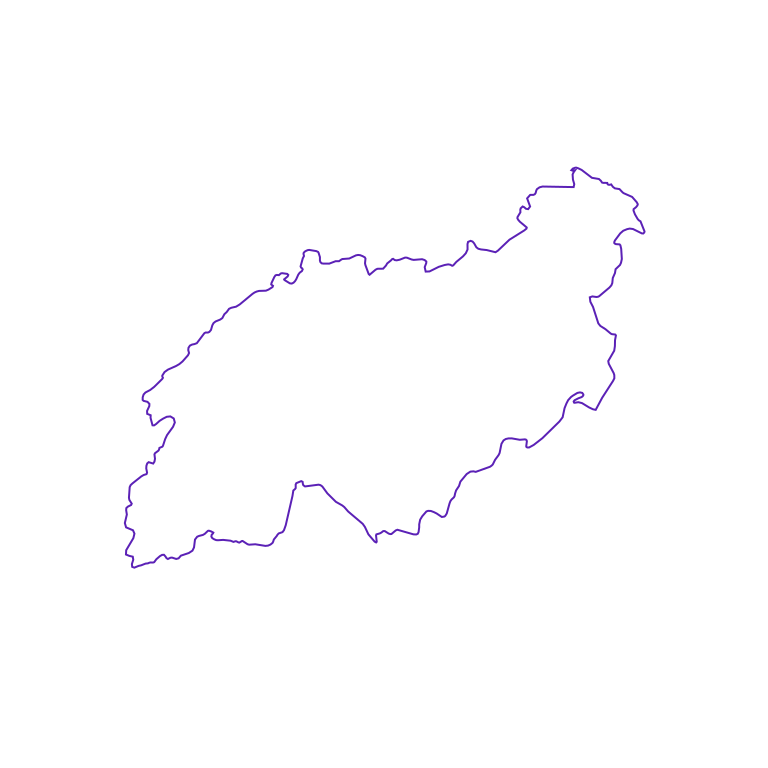 SVG path tracing the border of Kachin, rotated 229°
{"feature_id": "MMR-3296", "entity_name": "Kachin", "entity_type": "State", "adm_level": 1, "iso_a3": "MMR", "parent_name": "Myanmar", "parent_adm1": "", "projection": "robinson", "projection_center": [97.371, 26.091], "detail": "fine", "context": "isolated", "style": "outline", "palette": "violet", "viewbox_px": 768, "rotation_deg": 229, "n_neighbors": 0, "source": "natural_earth", "source_scale": "10m", "svg_char_len": 6144}
<svg xmlns="http://www.w3.org/2000/svg" viewBox="0 0 768 768"><g transform="rotate(229 384 384)"><path d="M383.8,157.7L386.2,156.8L388.2,155.6L388.7,154.7L388.5,150.4L388.9,148.3L390.7,144.7L391.3,142.8L390.6,139.3L385.3,133.4L383.9,130.1L384.5,125.8L387.7,118.1L387.2,114.6L388.3,112.4L392.1,110.1L393.0,108.8L393.7,106.1L395.2,105.6L397.2,105.9L399.4,105.9L400.6,104.5L401.1,101.9L401.1,97.2L400.3,93.7L400.8,92.5L402.5,90.7L403.1,89.6L403.5,88.2L404.9,86.2L406.5,81.7L407.7,79.5L409.2,75.1L411.2,74.0L413.5,75.6L415.9,79.5L418.5,81.1L421.4,79.0L424.6,77.4L427.7,80.4L432.1,93.7L434.8,97.5L438.3,98.6L445.0,95.3L449.1,97.2L454.2,104.3L457.9,106.6L459.4,108.1L459.5,110.2L458.6,113.8L459.2,115.1L463.6,115.8L465.5,116.9L473.0,124.4L473.9,126.4L474.0,128.8L473.5,140.2L473.0,142.9L471.8,145.6L472.5,147.0L476.3,149.2L478.2,151.1L479.4,153.2L479.4,155.1L475.4,157.6L476.0,159.8L477.8,162.1L481.5,164.6L482.0,165.8L481.7,170.0L482.1,171.2L483.1,172.6L482.1,175.6L482.4,176.7L486.0,182.7L487.8,186.8L490.1,196.7L492.2,200.9L495.9,202.7L499.7,201.5L501.8,198.5L502.8,194.5L503.4,190.4L503.3,185.7L503.6,183.3L504.7,182.2L511.6,185.6L513.5,187.4L516.8,185.7L519.1,187.5L521.3,192.4L522.9,193.9L525.7,193.8L529.0,191.5L530.3,191.4L532.3,193.2L533.8,195.7L534.1,198.4L532.9,203.5L532.6,208.7L533.3,219.9L533.7,221.2L535.1,221.6L535.8,222.2L537.0,226.2L536.6,230.4L534.0,238.9L533.3,242.6L533.2,246.7L534.3,255.0L535.3,257.2L538.0,258.5L539.6,260.2L540.3,262.7L539.7,265.0L538.5,267.1L537.6,269.5L540.2,281.8L539.9,283.1L538.3,285.0L537.9,286.4L538.3,288.9L540.9,292.9L541.8,295.3L541.7,297.9L540.1,302.6L539.8,305.2L541.4,309.3L541.5,312.5L542.4,316.4L541.7,318.8L539.4,323.1L538.7,327.3L538.3,343.8L538.0,346.3L537.3,348.6L536.2,350.8L531.9,356.1L531.0,358.8L530.3,363.4L530.9,364.6L533.1,364.2L534.0,365.3L536.7,371.4L537.2,373.4L536.6,374.7L535.1,376.1L535.1,378.7L534.5,379.8L530.6,383.2L529.1,383.3L528.4,381.9L528.5,377.3L527.8,377.1L521.7,379.0L520.3,380.3L519.8,382.2L520.0,384.4L520.7,386.6L522.8,391.1L523.3,393.4L523.1,396.2L523.9,397.9L525.0,398.1L526.2,397.8L527.5,398.2L532.1,405.1L533.1,407.6L535.0,408.6L535.6,409.3L535.9,410.9L535.6,412.6L535.1,414.2L534.3,415.5L528.7,420.1L526.9,420.9L525.9,420.7L521.8,418.9L519.3,416.7L517.9,416.0L516.0,416.1L514.8,417.1L510.8,421.6L508.4,428.1L506.2,430.6L505.9,433.6L505.6,434.6L501.5,440.1L499.5,447.2L498.4,449.1L496.9,450.5L494.6,451.7L492.2,452.6L490.8,452.3L487.6,448.9L486.0,448.0L477.0,444.6L475.9,444.8L475.8,452.6L475.3,454.6L471.6,459.0L472.1,463.2L472.9,465.5L472.7,470.3L472.9,472.1L472.5,473.0L470.5,473.4L469.0,474.7L467.5,477.4L465.6,482.8L464.4,484.1L459.9,486.5L458.2,487.8L453.2,494.6L450.9,496.0L448.7,496.3L447.6,495.3L445.5,491.4L441.5,489.2L439.1,492.2L436.5,502.2L434.0,507.9L432.2,510.9L430.5,512.3L428.5,513.0L428.1,514.1L428.7,518.7L428.5,527.3L429.0,531.5L430.7,535.3L434.8,538.8L436.1,540.7L435.2,543.3L433.4,544.3L431.0,544.3L426.6,543.4L424.2,543.9L421.9,545.5L417.7,549.4L410.3,554.6L409.9,557.4L410.6,573.4L407.9,590.5L407.8,593.5L408.5,594.4L417.3,593.0L419.9,593.0L421.6,593.4L422.4,594.3L424.1,599.6L426.1,601.2L426.9,602.4L427.0,605.1L425.4,605.8L423.1,606.1L421.4,607.5L422.1,610.7L430.2,613.8L430.8,618.4L428.7,620.9L428.3,622.3L428.7,623.8L430.2,626.0L430.7,627.3L430.4,630.4L429.0,633.2L408.2,656.3L410.0,658.7L414.3,660.7L418.4,663.8L419.4,666.0L420.0,668.5L421.3,666.3L422.4,665.7L422.7,667.8L421.8,670.2L421.1,671.1L419.2,672.2L415.9,673.6L403.2,676.2L397.7,680.7L395.1,681.0L393.0,680.7L392.0,681.4L389.3,684.4L388.3,683.9L387.3,684.0L386.2,685.1L385.6,686.4L382.7,686.1L380.2,686.6L376.6,689.6L371.9,689.8L370.7,690.1L362.4,694.0L355.4,694.0L353.2,693.5L352.5,692.4L352.1,690.3L352.2,687.1L351.2,686.1L347.4,684.7L342.2,683.7L340.4,683.7L338.5,684.3L328.2,680.7L327.6,679.8L327.5,678.4L328.5,677.4L337.6,673.6L340.1,671.4L341.4,669.0L342.7,665.1L342.7,661.1L340.8,652.4L340.1,651.0L339.4,650.3L338.5,650.3L337.4,650.8L334.8,653.4L333.6,653.4L330.4,651.7L322.3,645.5L320.0,642.4L319.0,640.2L318.7,634.1L316.2,631.1L313.9,626.2L310.4,622.5L309.3,620.3L308.9,617.4L309.1,604.0L309.4,602.8L310.3,601.4L313.4,598.7L314.4,596.2L310.7,593.7L305.0,592.3L289.1,585.5L285.8,585.4L280.1,587.1L273.3,588.2L272.1,588.7L269.6,591.0L268.5,590.9L265.5,587.1L261.1,583.1L258.1,579.6L254.2,568.3L251.8,566.9L241.6,564.5L239.7,563.7L237.2,561.6L236.1,559.0L230.5,539.7L225.6,526.8L227.9,525.1L231.8,523.4L239.7,520.9L242.8,518.7L244.8,515.5L245.3,515.2L246.4,515.7L246.7,517.2L245.7,521.3L244.5,524.5L244.4,525.9L244.7,527.0L245.3,527.6L247.2,527.8L249.1,526.4L250.4,524.1L251.3,518.9L251.5,516.6L251.0,512.4L249.6,508.9L247.3,504.4L241.7,497.0L240.6,491.7L239.2,468.0L239.8,457.0L240.9,451.9L242.1,450.5L243.0,450.2L243.7,450.5L247.0,454.2L247.9,454.7L249.0,454.6L249.8,454.0L252.8,449.9L259.2,444.7L261.3,442.2L262.6,439.8L263.0,437.2L261.8,433.4L256.1,426.0L255.2,423.9L253.9,418.1L251.9,413.3L251.8,411.7L252.0,409.7L257.5,395.6L259.4,394.2L261.2,391.7L261.8,387.3L260.2,377.6L257.8,373.7L256.4,368.6L254.7,365.8L253.1,363.7L252.6,362.4L252.5,359.2L252.0,357.2L250.8,355.0L245.1,346.4L244.3,343.8L244.3,342.7L245.7,340.4L251.7,338.8L254.6,337.6L257.4,336.1L259.3,334.1L260.0,332.4L259.1,326.1L257.9,322.3L255.0,318.5L252.8,316.6L249.6,313.0L248.8,311.2L249.3,309.6L251.2,307.6L265.2,298.5L265.8,296.8L265.9,291.2L266.7,290.2L268.0,289.4L272.5,288.1L273.5,286.9L273.6,284.6L274.0,282.8L275.5,279.6L274.9,278.6L269.7,275.0L269.6,274.1L271.2,273.5L280.8,273.6L288.6,275.8L292.4,276.2L311.3,273.3L317.2,273.3L319.8,272.8L326.6,270.4L338.6,269.5L346.9,270.2L348.3,270.0L349.7,269.5L351.0,268.5L358.5,257.2L360.5,256.7L361.8,257.2L363.6,258.4L365.0,257.8L366.7,252.8L366.1,251.4L363.4,249.1L363.1,248.0L363.1,245.7L359.5,241.4L341.9,217.2L339.3,212.6L338.8,210.2L340.3,206.5L340.1,204.6L339.7,203.5L338.9,198.8L337.7,196.9L337.2,195.6L337.3,193.0L338.1,190.5L339.6,188.3L347.5,181.7L351.2,176.8L352.6,175.9L358.3,174.3L358.7,173.8L359.2,170.8L360.0,170.2L362.1,169.4L362.8,168.7L363.6,166.8L366.4,165.4L371.9,160.3L375.0,156.2L376.3,154.9L378.3,153.9L380.4,153.3L382.1,153.6L383.3,155.1L383.4,156.8L383.8,157.7Z" fill="none" stroke="#5b21b6" stroke-width="2"/></g></svg>